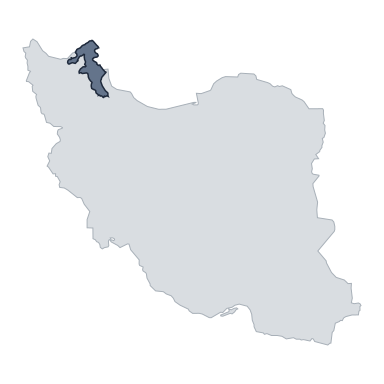 where Ardebil sits in Iran
{"feature_id": "IRN-3230", "entity_name": "Ardebil", "entity_type": "Province", "adm_level": 1, "iso_a3": "IRN", "parent_name": "Iran", "parent_adm1": "", "projection": "mercator", "projection_center": [47.857, 38.431], "detail": "fine", "context": "in_parent", "style": "filled", "palette": "slate", "viewbox_px": 384, "rotation_deg": 0, "n_neighbors": 0, "source": "natural_earth", "source_scale": "10m", "svg_char_len": 5869}
<svg xmlns="http://www.w3.org/2000/svg" viewBox="0 0 384 384"><path d="M196.4,93.3L201.2,93.6L210.1,90.5L210.9,89.8L213.7,83.7L216.7,81.0L222.1,77.7L225.5,76.6L237.7,77.0L238.6,74.5L240.7,73.2L253.9,74.0L255.9,75.9L256.7,79.4L267.6,82.6L269.9,83.6L272.6,86.2L274.8,86.9L277.6,85.7L279.4,86.5L282.3,85.8L290.8,89.6L291.9,93.5L293.5,95.3L295.4,97.0L302.1,100.0L304.1,101.7L309.0,108.8L322.7,108.7L323.5,110.2L323.4,113.3L324.3,120.5L323.2,123.2L325.0,125.5L324.7,130.0L325.4,133.2L323.9,137.5L322.3,138.4L323.2,142.2L321.8,145.9L322.0,147.3L319.8,150.4L319.7,151.6L315.8,154.5L318.6,158.7L314.3,159.0L311.5,163.5L312.3,168.8L311.6,171.6L312.0,173.1L313.1,174.2L318.9,175.2L319.1,175.9L312.9,183.6L313.1,186.6L317.6,202.1L316.8,209.8L317.4,217.7L332.1,220.0L333.8,222.0L334.8,226.3L334.8,229.6L334.3,231.3L317.8,251.0L326.1,260.8L326.5,263.0L331.5,272.5L336.2,277.4L344.3,280.0L348.0,283.6L351.4,283.4L351.1,288.2L352.3,298.2L351.3,302.8L354.1,303.7L358.5,303.0L360.1,303.9L361.0,305.6L359.9,306.5L360.0,310.4L358.9,311.2L358.4,314.9L351.9,315.0L345.8,316.6L343.6,318.0L342.3,320.6L340.3,320.4L339.6,321.4L335.3,323.2L333.8,330.6L332.2,332.4L330.9,343.1L329.9,343.2L327.8,345.0L314.7,341.5L313.3,339.0L312.0,338.5L310.0,341.0L303.5,339.6L301.2,340.0L299.9,339.2L296.3,339.2L293.5,337.7L286.3,338.9L282.0,336.3L277.3,335.5L271.5,335.5L266.9,333.6L264.4,334.3L263.3,332.9L256.3,331.6L254.1,326.9L254.0,324.5L252.3,320.3L251.7,314.3L250.1,309.9L247.2,306.2L239.2,304.1L235.0,305.2L231.9,307.3L226.8,308.4L222.8,312.5L220.6,312.2L211.2,317.7L209.2,317.6L202.2,314.0L199.1,313.3L192.7,313.4L189.2,310.9L188.3,309.1L180.1,305.2L175.0,301.6L173.4,298.3L171.2,295.8L166.2,293.9L163.4,291.7L155.6,290.9L150.2,285.6L150.1,283.9L147.0,278.1L146.4,273.8L145.7,272.7L143.0,270.9L142.6,269.7L143.1,267.0L139.6,265.4L139.1,264.0L139.2,259.9L130.7,249.8L129.0,244.1L127.5,243.9L120.0,247.6L117.8,245.5L111.2,241.9L110.3,240.6L111.9,239.9L113.6,240.6L114.6,239.8L114.2,238.6L112.5,237.8L110.3,237.9L110.9,239.0L108.8,240.1L108.4,241.5L108.8,245.7L108.0,246.9L104.5,247.6L102.3,248.9L100.3,247.4L99.8,244.4L98.5,242.4L96.7,241.7L95.3,239.7L93.0,238.7L92.9,228.0L87.1,227.8L87.1,219.6L89.8,211.5L84.2,204.2L81.7,198.5L80.2,197.5L77.3,197.6L67.7,190.0L64.3,188.0L59.7,187.4L59.1,184.7L60.2,181.7L58.0,177.8L57.4,176.6L55.5,176.2L55.6,173.7L53.1,173.9L48.5,167.1L47.1,166.1L49.7,160.9L47.8,156.7L48.9,153.1L51.3,153.3L52.0,148.5L56.3,143.6L60.0,141.5L60.4,140.0L59.6,137.3L57.3,134.0L57.6,131.2L58.3,129.7L62.3,128.2L62.5,127.6L60.6,126.6L53.8,126.5L50.0,123.2L46.5,122.4L44.4,115.0L43.8,114.1L42.1,113.8L41.1,112.4L40.5,107.5L38.1,105.3L36.0,97.9L35.9,96.1L36.6,94.5L32.7,91.3L32.2,86.4L33.0,85.2L28.5,81.6L26.5,81.5L26.3,80.8L29.3,73.1L30.5,71.3L27.9,70.2L27.9,66.3L27.1,63.1L27.4,60.1L25.6,57.9L25.2,56.5L25.8,53.1L24.0,51.5L23.0,47.9L29.5,46.8L30.6,41.3L32.9,39.0L37.0,41.7L42.6,50.7L46.0,53.3L48.6,56.3L60.7,59.3L63.3,58.4L67.4,58.6L72.6,53.0L75.0,52.3L81.1,46.8L88.8,41.7L92.7,40.9L98.4,47.4L95.1,49.3L94.6,51.0L94.9,52.5L97.5,54.2L97.9,56.0L97.0,56.9L93.6,57.9L92.7,59.7L96.3,62.6L98.1,65.1L100.0,65.7L103.1,69.6L108.0,69.1L108.9,78.5L111.7,86.2L116.8,89.4L130.1,91.9L131.5,93.4L133.7,97.6L137.1,100.6L147.4,106.5L158.7,109.3L166.2,109.2L193.8,102.4L196.4,102.4L192.3,104.1L193.8,104.9L197.4,104.9L198.2,104.2L198.3,103.0L196.4,93.3ZM236.2,309.6L234.6,311.9L232.1,313.9L230.3,313.3L222.8,316.2L220.9,316.0L220.6,315.1L228.8,311.7L229.2,310.8L228.7,309.0L231.3,309.8L234.2,308.3L236.7,307.9L237.8,308.9L236.2,309.6Z" fill="#d9dde1" stroke="#a8b0b8" stroke-width="1"/><path d="M92.0,40.4L92.6,40.7L93.6,41.7L96.6,45.2L97.8,46.3L98.3,47.0L98.7,47.8L98.0,48.0L97.1,48.7L96.0,48.9L95.4,49.2L94.9,49.7L94.6,50.3L94.6,51.1L94.8,51.7L95.2,52.3L96.2,53.3L97.2,53.7L97.5,54.0L98.0,55.1L98.1,55.4L98.1,55.7L98.0,56.0L97.9,56.3L97.7,56.5L97.0,57.0L93.8,57.6L93.7,57.7L93.7,57.9L93.7,58.0L92.7,58.6L92.6,58.8L92.6,59.8L93.0,60.4L94.1,61.3L96.4,62.5L96.6,62.7L96.7,62.9L96.8,63.2L96.7,63.6L96.7,64.0L97.6,64.7L97.9,65.1L98.2,65.4L98.7,65.4L99.6,65.0L100.0,65.0L100.2,65.5L100.3,66.1L100.6,66.4L100.8,66.6L101.1,67.1L101.4,67.4L101.7,67.8L102.1,68.3L102.3,68.6L102.8,69.4L103.4,70.0L103.5,70.0L104.1,70.7L104.5,71.2L104.6,71.6L105.0,71.8L105.7,71.9L106.0,72.2L105.8,72.6L101.8,77.3L101.5,78.2L101.3,79.4L100.8,80.2L100.7,81.5L102.3,85.9L105.2,90.5L106.2,91.5L107.3,92.4L107.9,93.1L107.9,93.8L107.9,94.7L108.0,95.9L108.2,96.4L107.0,95.8L106.4,96.0L105.7,96.5L105.1,96.4L104.6,96.1L104.2,96.2L104.0,96.6L104.0,97.0L103.8,97.4L103.3,97.5L101.9,96.1L101.2,95.8L100.7,96.0L100.5,95.9L100.2,95.7L100.1,95.8L99.8,95.3L99.6,95.1L99.0,95.2L98.7,95.3L98.4,95.4L98.5,95.1L97.8,94.3L97.4,94.0L96.3,93.2L95.9,92.2L95.7,90.6L95.2,90.2L94.0,89.5L93.6,89.4L93.5,89.5L91.7,88.4L91.2,86.0L91.4,84.0L91.8,83.1L92.0,82.5L91.8,82.1L90.6,81.0L89.2,79.1L88.3,77.0L88.2,75.2L87.7,73.5L86.5,72.9L82.5,73.5L82.0,73.4L81.8,73.2L81.2,72.7L80.1,72.8L79.3,73.2L79.1,72.5L79.1,71.3L79.5,70.5L79.9,69.9L80.5,68.9L81.9,67.9L82.6,67.1L83.8,66.7L85.1,66.9L85.9,66.3L85.6,65.2L84.7,64.7L84.7,64.1L85.3,63.2L85.5,61.7L84.5,59.2L84.4,57.5L84.2,57.1L84.4,54.5L83.7,54.3L82.6,55.3L81.4,56.0L80.7,55.9L79.4,56.8L77.4,60.3L77.6,60.7L77.9,60.8L77.7,61.1L76.6,61.9L75.9,62.8L75.2,63.4L72.5,62.7L71.4,63.0L70.2,63.6L69.0,64.1L68.1,63.6L67.6,62.3L67.9,60.9L68.6,60.0L69.1,59.7L69.2,59.4L69.9,59.3L70.8,59.6L71.1,59.4L71.2,58.7L71.2,58.1L71.2,57.7L71.6,57.7L72.4,58.4L73.2,58.2L73.9,57.8L75.0,57.7L76.5,56.6L76.8,56.1L77.0,55.7L77.0,55.3L76.7,53.9L76.4,53.4L75.9,53.2L75.7,52.9L75.6,52.7L75.4,52.2L75.6,52.1L75.7,51.9L75.8,51.7L76.1,50.9L76.8,49.8L76.8,49.6L77.0,49.4L77.8,48.9L79.6,48.2L79.8,48.1L80.3,47.8L80.9,47.2L81.8,46.1L82.3,45.6L83.1,45.2L84.3,44.8L84.7,44.7L84.9,44.6L85.8,43.6L86.2,43.5L88.3,42.3L89.0,41.5L89.3,41.2L89.6,41.0L90.1,40.9L91.4,40.9L91.6,40.8L91.8,40.7L92.0,40.4Z" fill="#64748b" stroke="#1e293b" stroke-width="1.5"/></svg>